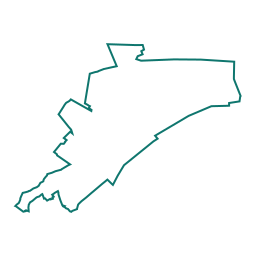 Roznov, Neamt, Romania (Natural Earth projection)
{"feature_id": "2599482B96195246570406", "entity_name": "Roznov", "entity_type": "district", "adm_level": 2, "iso_a3": "ROU", "parent_name": "Romania", "parent_adm1": "Neamt", "projection": "natural_earth1", "projection_center": [26.505, 46.851], "detail": "fine", "context": "isolated", "style": "outline", "palette": "teal", "viewbox_px": 256, "rotation_deg": 0, "n_neighbors": 0, "source": "geoboundaries", "source_scale": "gbopen_adm2", "svg_char_len": 1912}
<svg xmlns="http://www.w3.org/2000/svg" viewBox="0 0 256 256"><path d="M102.4,183.7L104.9,181.7L107.4,179.6L111.7,183.8L112.9,184.9L117.7,175.7L124.0,165.2L153.4,141.4L157.6,138.7L155.1,135.7L187.4,116.6L188.8,115.8L211.4,106.2L227.2,105.8L229.1,105.7L229.1,103.0L239.5,101.4L240.2,96.7L240.6,96.0L234.8,81.4L233.9,79.0L233.9,77.1L234.1,66.5L234.2,61.7L200.7,59.6L174.0,59.4L141.1,60.7L136.3,59.1L137.7,56.2L142.6,54.3L141.3,51.2L143.8,49.7L144.0,49.6L142.7,45.0L136.1,45.1L107.5,44.2L116.7,66.2L103.9,69.0L98.2,71.2L97.8,71.6L95.1,72.1L89.8,73.7L84.9,103.4L87.4,104.7L89.0,105.8L89.9,106.2L88.8,108.1L91.5,109.9L91.3,111.0L70.8,99.4L69.6,100.8L68.0,101.8L66.5,102.6L65.9,103.1L64.5,105.0L63.3,107.0L59.1,113.6L58.7,114.2L58.6,114.3L68.6,126.8L71.1,129.6L71.7,131.3L72.3,133.4L70.2,131.7L63.8,138.0L66.6,140.1L65.0,141.8L65.1,142.1L63.8,143.8L60.8,143.7L55.1,150.7L54.0,152.0L56.9,154.3L57.1,155.4L70.1,164.4L68.2,165.3L61.8,169.1L61.2,169.7L55.5,171.2L51.8,172.8L47.3,174.1L47.0,175.5L46.1,176.4L45.5,177.1L44.0,179.0L43.6,179.8L43.3,181.3L41.9,182.1L40.4,182.8L38.7,185.8L36.8,187.2L34.1,188.2L33.3,188.5L30.0,190.8L28.9,191.0L28.1,191.5L27.1,191.8L25.3,192.3L22.7,192.9L21.2,196.2L20.3,198.4L20.3,199.5L19.5,201.5L18.8,203.0L16.7,204.6L15.4,206.0L15.7,206.1L23.3,211.7L25.4,211.2L25.2,210.7L26.0,210.3L28.7,211.3L28.4,207.1L28.6,206.3L28.7,204.9L30.0,202.4L32.4,200.9L36.4,197.5L37.4,197.0L39.2,196.5L41.5,194.5L42.3,194.1L42.9,195.5L44.0,198.6L44.9,198.3L46.4,199.8L47.1,200.6L50.2,198.9L50.6,199.4L52.9,198.7L52.4,197.4L53.7,196.7L52.2,194.7L53.9,193.6L54.7,192.9L57.9,191.1L58.4,192.4L58.4,193.5L58.6,194.8L60.4,200.4L62.3,205.2L64.5,206.0L63.6,206.6L65.1,207.4L66.0,208.3L68.0,209.0L68.9,210.1L69.9,211.3L71.3,211.8L72.3,210.9L77.0,209.1L77.0,208.8L78.1,204.7L78.8,203.8L81.5,201.2L83.4,199.7L86.3,197.4L91.5,192.9L93.2,191.5L101.8,184.2L102.4,183.7Z" fill="none" stroke="#0f766e" stroke-width="2"/></svg>